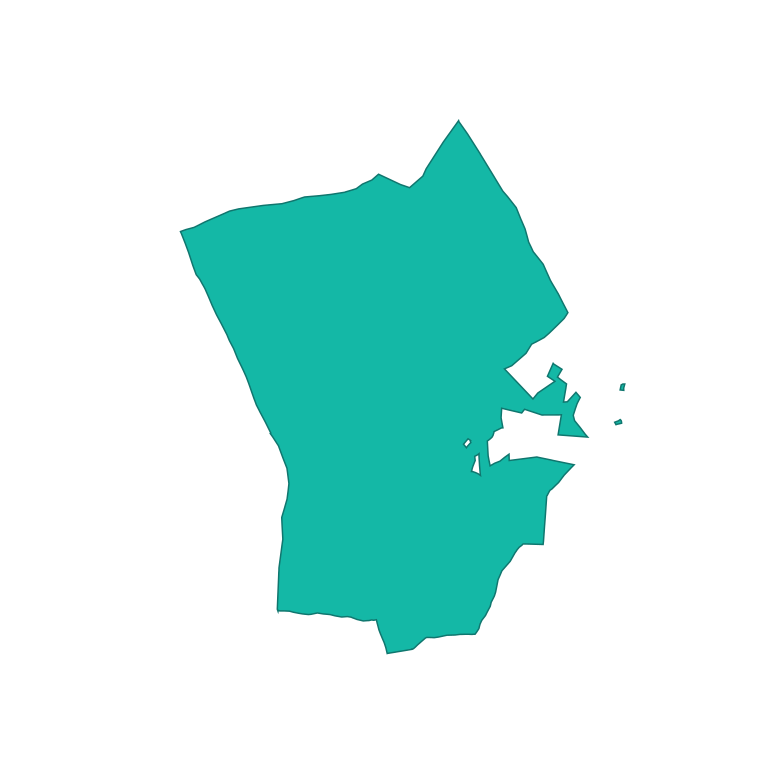 the district of Pegunungan Arfak, Papua Barat, Indonesia, rotated 49°
{"feature_id": "22746128B30560862468368", "entity_name": "Pegunungan Arfak", "entity_type": "district", "adm_level": 2, "iso_a3": "IDN", "parent_name": "Indonesia", "parent_adm1": "Papua Barat", "projection": "robinson", "projection_center": [133.846, -1.202], "detail": "fine", "context": "isolated", "style": "filled", "palette": "teal", "viewbox_px": 768, "rotation_deg": 49, "n_neighbors": 0, "source": "geoboundaries", "source_scale": "gbopen_adm2", "svg_char_len": 5046}
<svg xmlns="http://www.w3.org/2000/svg" viewBox="0 0 768 768"><g transform="rotate(49 384 384)"><path d="M234.2,154.9L240.3,180.5L249.2,210.9L252.6,218.3L252.6,226.1L252.6,235.1L252.6,235.9L248.6,238.2L244.3,240.7L240.2,242.5L222.1,250.5L222.1,259.4L219.0,269.1L218.4,276.8L215.7,282.9L213.9,286.8L213.5,287.9L206.1,299.7L199.4,309.4L190.8,321.2L189.7,323.7L186.5,331.6L181.0,342.7L174.3,352.0L170.0,358.0L156.5,378.8L152.2,387.1L147.9,401.0L146.0,407.0L144.2,412.8L141.2,424.6L137.5,432.2L135.4,437.6L135.7,437.7L137.5,438.2L147.1,441.6L156.6,445.2L169.1,450.5L178.3,454.0L180.6,454.1L184.0,454.3L189.4,455.5L192.0,456.0L194.7,456.6L203.4,459.3L204.9,459.8L212.2,462.2L214.3,462.8L221.6,464.9L222.4,465.1L231.2,467.1L243.8,470.2L245.8,470.9L249.8,472.2L258.7,474.3L266.7,477.1L268.7,477.8L278.5,480.4L281.7,481.3L288.3,483.3L294.5,485.6L297.8,486.9L303.0,489.0L309.3,491.5L314.7,493.5L315.9,494.0L322.0,495.5L323.5,495.9L334.8,498.5L346.7,501.6L346.7,501.9L346.7,502.3L350.9,502.7L361.4,504.2L373.3,508.7L383.9,512.5L387.1,514.6L396.8,521.1L401.7,526.4L407.3,532.7L413.3,541.9L417.6,548.7L423.5,553.4L434.8,562.2L438.8,566.8L446.5,575.5L453.9,583.9L455.9,585.7L457.5,587.3L460.5,590.1L484.0,612.3L484.7,612.6L486.0,613.1L485.6,612.6L485.4,612.3L486.8,611.6L489.3,608.7L493.5,604.3L496.7,602.2L500.8,599.0L503.5,596.8L504.1,596.3L508.4,592.3L509.9,590.2L511.2,587.9L513.1,584.5L517.8,580.6L518.9,579.5L521.1,577.4L522.7,575.9L525.9,573.7L526.9,573.0L532.1,568.8L535.5,564.2L538.5,561.7L539.7,561.2L540.7,560.6L543.9,558.9L549.2,555.1L551.5,552.0L552.7,550.5L553.9,548.2L555.6,546.7L556.9,544.4L560.5,546.3L561.2,546.6L565.2,548.6L566.2,549.1L570.8,550.8L572.1,551.2L575.4,552.3L579.2,553.5L584.2,555.6L589.5,558.4L589.6,558.1L593.7,551.5L594.9,549.5L598.0,544.5L602.7,536.8L602.6,536.7L602.4,536.6L603.1,535.6L603.1,534.4L603.1,533.0L602.9,529.9L602.9,526.1L602.9,522.7L602.9,519.4L603.1,518.6L603.3,518.0L606.1,514.9L608.4,512.5L610.7,508.9L611.7,507.1L612.8,505.1L614.9,501.3L620.0,495.1L622.9,490.8L624.2,489.3L625.9,487.2L628.6,484.1L630.7,481.9L631.8,480.3L632.1,480.0L632.3,479.8L632.6,479.4L632.0,476.8L630.9,472.9L629.2,470.5L628.2,469.0L626.5,465.2L625.8,461.8L625.7,461.2L625.3,459.3L624.0,456.2L623.3,454.4L623.0,453.6L622.6,452.6L621.5,449.7L619.8,447.3L619.6,447.1L619.1,446.4L616.6,440.2L616.0,439.1L614.3,436.3L610.1,430.9L606.5,426.3L604.4,421.8L602.3,417.5L600.6,405.1L600.2,403.9L597.4,396.0L596.9,393.9L596.4,392.2L595.9,389.0L596.1,386.5L596.1,385.2L596.0,383.9L599.7,379.8L609.5,369.2L607.3,366.8L605.4,364.9L600.9,360.4L598.0,357.5L597.9,357.4L588.6,348.0L586.9,346.3L584.0,343.4L575.3,334.7L575.2,334.0L575.1,333.8L575.1,333.7L574.2,331.5L573.7,330.2L573.4,329.3L573.1,328.5L573.4,326.1L573.1,321.4L572.9,316.9L571.0,307.9L570.1,298.6L570.0,297.7L569.7,293.5L551.8,307.2L551.7,307.2L539.5,316.5L539.4,316.5L523.9,339.7L519.0,335.7L518.5,341.3L518.3,347.1L516.4,352.5L515.4,357.6L510.4,354.8L506.5,352.5L503.4,350.1L494.8,343.4L494.9,342.5L495.0,341.7L495.1,339.5L495.0,337.3L494.3,335.4L493.4,334.0L493.2,333.6L492.4,332.5L492.1,332.2L493.3,327.8L494.2,324.2L495.1,323.0L490.8,320.5L487.3,318.4L486.3,317.8L479.5,311.1L485.8,306.6L491.9,302.2L496.2,299.1L495.6,296.0L495.3,294.5L511.1,285.1L512.6,283.2L521.8,272.6L523.6,270.3L536.6,286.0L557.7,265.1L553.8,265.1L545.4,264.5L542.2,264.4L536.7,264.2L531.9,261.8L531.2,260.8L529.0,257.1L528.7,256.7L525.6,251.3L524.9,249.7L523.8,247.0L522.9,244.7L516.2,244.6L517.7,257.3L515.4,260.4L508.2,251.6L506.5,249.5L505.6,248.5L504.5,247.2L503.7,246.2L496.6,247.8L494.4,248.2L492.6,248.6L489.7,240.0L480.3,242.8L479.4,242.8L483.0,250.5L484.8,254.3L485.4,255.6L494.1,253.2L494.1,253.3L492.8,264.4L491.7,273.8L493.0,281.4L451.6,283.2L454.0,275.6L454.0,266.2L454.0,265.5L454.0,256.7L450.8,246.5L451.0,245.6L452.7,238.5L454.0,232.6L454.0,230.9L454.0,230.7L454.0,226.1L453.4,215.5L453.4,215.2L452.8,206.1L452.7,205.0L451.7,201.4L450.9,198.8L450.8,198.4L444.7,196.9L440.1,195.8L437.7,195.2L430.2,193.3L429.0,193.1L428.9,193.1L424.8,192.3L417.7,191.0L414.8,190.4L403.9,187.1L398.1,185.3L394.1,185.1L389.8,184.9L382.0,184.6L377.6,183.3L371.7,181.7L368.9,180.3L365.6,178.7L359.5,175.8L350.5,172.9L350.3,172.9L348.0,172.1L337.6,168.5L325.5,167.9L323.4,167.8L318.3,167.8L316.4,167.8L301.2,165.2L299.6,164.9L276.0,160.9L274.0,160.6L273.9,160.5L262.8,158.8L252.7,157.3L250.1,156.9L243.3,156.2L235.3,155.4L234.2,154.9ZM508.1,374.6L507.4,375.4L504.9,371.7L504.5,371.0L502.6,367.4L501.6,365.4L498.1,363.0L498.8,360.0L498.9,358.0L500.1,359.1L503.8,362.0L507.2,364.6L507.8,365.1L515.5,370.7L516.3,371.2L513.4,371.9L510.8,373.1L508.4,374.5L508.1,374.6ZM485.8,362.3L486.2,363.6L481.6,363.5L480.5,356.5L483.5,355.7L483.6,356.3L485.2,356.9L485.3,358.5L485.8,362.3ZM564.2,235.0L566.9,235.6L567.3,234.5L568.2,232.9L569.5,230.4L568.6,229.7L567.4,229.1L566.5,229.0L565.8,229.1L565.6,231.3L565.0,232.8L564.2,235.0ZM542.1,208.0L543.4,209.7L546.1,207.2L544.6,206.0L544.2,205.6L542.0,202.3L540.7,203.8L540.3,205.7L540.8,206.2L542.0,207.9L542.1,208.0Z" fill="#14b8a6" stroke="#0f766e" stroke-width="1.5"/></g></svg>